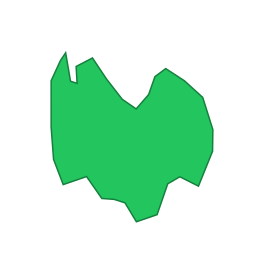 the border of Debrecen, rotated 341°
{"feature_id": "HUN-4924", "entity_name": "Debrecen", "entity_type": "Urban county", "adm_level": 1, "iso_a3": "HUN", "parent_name": "Hungary", "parent_adm1": "", "projection": "mercator", "projection_center": [21.625, 47.561], "detail": "fine", "context": "isolated", "style": "filled", "palette": "green", "viewbox_px": 256, "rotation_deg": 341, "n_neighbors": 0, "source": "natural_earth", "source_scale": "10m", "svg_char_len": 506}
<svg xmlns="http://www.w3.org/2000/svg" viewBox="0 0 256 256"><g transform="rotate(341 128 128)"><path d="M93.5,36.6L88.9,65.1L94.4,69.2L99.0,52.9L117.2,50.2L123.6,74.6L131.9,99.0L141.9,112.6L158.4,103.1L170.2,88.2L183.0,84.1L196.7,101.7L208.6,123.4L207.7,157.2L200.4,177.5L175.7,205.9L161.1,191.0L147.4,193.7L127.3,219.4L105.4,219.4L100.8,197.8L91.7,191.0L80.3,186.1L73.0,160.4L48.3,160.4L47.4,133.4L55.6,102.2L70.7,58.3L86.2,42.1L93.5,36.6Z" fill="#22c55e" stroke="#15803d" stroke-width="1.5"/></g></svg>